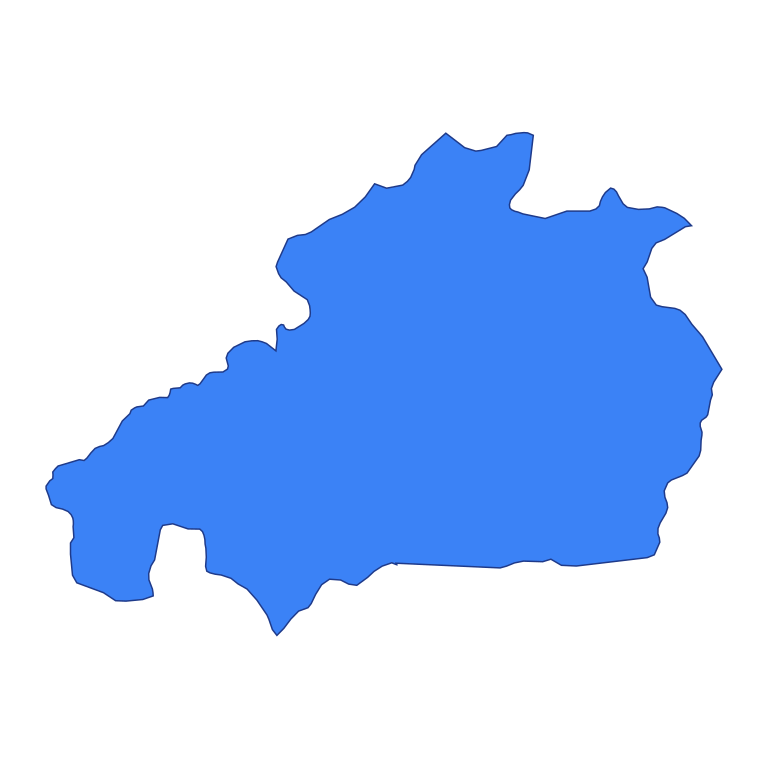 outline of Castelo Branco
{"feature_id": "PRT-751", "entity_name": "Castelo Branco", "entity_type": "District", "adm_level": 1, "iso_a3": "PRT", "parent_name": "Portugal", "parent_adm1": "", "projection": "robinson", "projection_center": [-7.603, 39.986], "detail": "fine", "context": "isolated", "style": "filled", "palette": "blue", "viewbox_px": 768, "rotation_deg": 0, "n_neighbors": 0, "source": "natural_earth", "source_scale": "10m", "svg_char_len": 3235}
<svg xmlns="http://www.w3.org/2000/svg" viewBox="0 0 768 768"><path d="M691.5,225.7L685.4,226.7L664.8,239.3L656.1,242.9L651.8,248.4L647.2,261.9L643.1,268.7L647.1,277.2L650.6,297.2L656.3,305.1L662.1,306.7L674.9,308.4L680.0,310.2L685.2,314.5L691.8,324.2L702.5,336.7L721.9,369.3L713.7,382.2L711.4,388.5L712.3,394.9L710.5,400.1L707.7,414.7L706.2,417.0L701.6,420.3L700.2,423.0L700.2,426.3L702.0,432.2L701.9,435.2L701.1,440.4L700.7,450.3L699.1,456.0L687.0,473.1L682.4,475.6L671.4,480.0L667.7,482.9L664.2,490.9L664.9,497.2L667.0,502.7L667.7,507.6L665.9,513.2L660.2,522.8L658.0,528.4L657.9,533.9L659.3,537.9L659.8,542.2L654.3,554.8L647.3,557.6L576.4,566.0L561.4,565.3L550.9,559.2L542.7,561.7L523.5,561.1L514.5,562.9L506.6,566.1L500.1,567.9L396.1,563.2L396.8,564.7L396.6,564.7L391.8,562.8L382.2,566.1L374.0,571.4L367.7,577.3L356.8,585.3L348.7,584.1L340.6,580.0L329.5,579.2L321.6,584.7L315.6,594.4L311.2,603.6L308.0,607.7L298.6,611.1L290.8,619.1L283.8,628.4L276.9,635.4L272.4,629.6L268.9,619.3L267.0,615.0L256.9,600.1L247.0,589.0L238.0,583.9L231.0,578.3L221.2,575.0L215.2,574.2L210.1,572.9L206.8,571.2L205.6,566.3L206.3,557.2L205.9,548.3L205.1,544.0L204.9,539.6L204.0,535.3L202.5,531.6L199.8,529.1L188.0,528.9L172.8,523.8L162.7,525.4L160.3,529.8L154.6,559.9L151.0,565.8L148.7,573.5L148.9,579.8L152.4,589.0L153.0,592.7L153.2,595.9L142.8,599.5L126.0,601.1L115.6,600.7L103.5,592.7L76.8,582.8L72.5,575.2L70.5,554.2L70.5,543.0L73.9,537.7L73.1,526.7L73.4,524.0L73.3,520.7L72.8,518.0L71.1,514.6L68.1,511.5L62.6,509.1L56.1,507.6L51.4,504.6L48.6,495.5L46.1,488.9L46.1,486.1L49.8,480.8L52.8,478.6L53.0,474.9L52.8,472.0L55.5,468.6L58.1,466.0L79.3,459.7L84.1,460.5L86.9,458.1L90.9,452.9L95.1,448.4L99.6,446.5L103.6,445.6L108.2,442.7L112.9,438.5L122.3,421.0L129.9,413.7L131.2,410.2L134.6,407.9L136.9,406.9L143.4,406.0L148.7,400.1L159.6,397.4L167.6,397.6L169.2,395.3L170.1,392.5L170.7,389.1L173.2,388.4L180.2,387.8L182.8,385.1L185.2,383.9L189.4,382.9L192.7,383.2L195.6,384.3L197.8,385.4L200.1,383.7L206.4,375.0L209.9,372.8L213.7,372.2L222.9,372.0L227.5,369.1L228.3,366.0L226.2,358.0L227.9,353.2L233.7,347.3L245.0,341.8L251.9,340.8L257.8,340.7L262.1,341.8L266.5,343.5L275.9,350.9L277.2,339.2L276.5,329.4L278.9,326.0L281.2,324.5L283.6,325.0L284.4,327.0L286.1,329.2L289.5,330.1L294.4,329.4L304.0,323.4L308.2,319.5L310.0,316.3L310.3,313.0L310.1,309.6L309.6,305.7L307.3,299.7L294.1,291.1L286.1,281.8L281.1,277.8L278.6,273.7L276.1,266.6L277.6,262.0L288.0,239.1L297.4,235.4L305.4,234.5L311.2,232.0L329.3,219.5L342.3,214.3L354.7,207.2L365.3,196.9L374.6,183.8L386.6,188.2L402.7,185.1L407.4,181.4L410.7,177.4L414.2,169.4L415.0,165.3L421.6,154.7L445.8,133.2L464.7,147.7L475.8,151.1L481.3,150.4L496.6,146.5L506.9,135.3L510.9,134.7L515.7,133.4L524.0,132.6L527.7,132.9L533.3,135.3L529.2,169.9L523.2,185.3L519.6,189.8L515.4,193.9L510.6,200.1L509.4,204.6L509.8,207.9L511.5,209.7L514.9,211.3L517.9,212.0L522.9,213.9L533.0,216.0L545.2,218.5L566.8,211.1L589.8,211.1L595.9,209.0L599.4,205.7L600.4,201.5L602.5,196.8L605.4,192.5L610.6,188.1L613.9,189.1L616.5,191.9L618.5,195.9L623.1,203.8L627.4,207.4L638.4,209.4L649.3,208.9L657.1,206.9L662.0,207.3L664.8,207.8L676.9,213.5L684.3,218.3L689.3,223.4L691.3,225.5L691.5,225.7Z" fill="#3b82f6" stroke="#1e3a8a" stroke-width="1.5"/></svg>